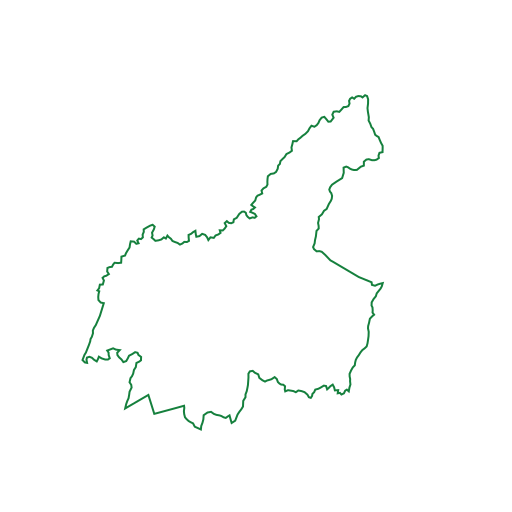 Santa Cruz do Rio Pardo, São Paulo, Brazil, rotated 21°
{"feature_id": "56859067B25162931464836", "entity_name": "Santa Cruz do Rio Pardo", "entity_type": "district", "adm_level": 2, "iso_a3": "BRA", "parent_name": "Brazil", "parent_adm1": "São Paulo", "projection": "robinson", "projection_center": [-49.573, -22.761], "detail": "fine", "context": "isolated", "style": "outline", "palette": "green", "viewbox_px": 512, "rotation_deg": 21, "n_neighbors": 0, "source": "geoboundaries", "source_scale": "gbopen_adm2", "svg_char_len": 5571}
<svg xmlns="http://www.w3.org/2000/svg" viewBox="0 0 512 512"><g transform="rotate(21 256 256)"><path d="M387.3,268.5L385.1,267.1L384.4,264.9L383.2,262.3L381.6,260.8L380.6,257.8L381.2,254.0L382.3,250.7L382.1,247.6L383.1,244.5L384.0,241.7L384.3,239.3L384.0,235.9L381.7,237.5L379.8,239.0L377.8,241.1L374.6,241.4L373.3,239.1L359.5,238.8L329.9,233.8L327.0,233.4L320.3,230.2L315.9,228.5L313.6,228.7L310.9,229.9L307.7,228.8L306.1,227.2L306.2,223.2L305.4,220.0L304.9,216.3L303.5,210.9L304.7,207.9L303.7,205.5L302.1,202.9L301.6,199.0L300.6,197.1L302.6,193.5L303.3,189.4L305.1,186.8L305.4,181.3L306.1,177.8L306.2,175.5L305.5,172.6L303.7,170.3L302.0,169.4L300.6,167.7L300.6,165.2L301.4,162.2L304.5,157.7L308.5,152.4L308.1,146.9L306.1,142.1L308.2,140.2L310.1,140.2L312.5,140.8L314.7,140.9L316.7,140.6L319.3,139.5L320.4,137.6L321.9,135.0L324.3,133.0L322.9,129.3L324.5,126.4L326.6,125.2L329.9,125.0L332.3,124.1L334.0,122.9L335.6,120.5L334.4,118.4L334.3,115.4L336.9,113.7L335.5,109.7L334.7,107.7L332.3,105.7L330.0,103.4L327.8,101.0L325.8,100.7L323.8,100.1L322.1,98.0L319.7,95.3L317.6,94.3L315.3,91.6L312.6,89.2L311.6,86.0L308.7,81.1L307.1,78.0L306.0,73.6L304.5,69.5L302.4,66.9L300.2,66.8L298.6,69.8L296.8,69.3L294.2,70.0L292.3,71.5L291.3,74.0L288.9,73.5L287.5,75.5L287.3,77.8L288.7,80.2L288.5,83.0L286.5,84.7L284.4,85.6L283.2,88.9L282.1,91.6L279.5,92.0L276.8,93.5L276.6,96.7L278.9,99.1L277.5,103.7L275.4,104.7L272.7,103.1L269.9,101.6L267.7,103.3L266.7,106.5L266.6,109.4L265.8,112.1L264.2,114.4L261.1,114.5L260.2,117.6L259.8,120.9L258.3,124.3L256.4,127.1L255.1,129.7L253.7,131.9L252.8,134.3L249.4,135.5L249.9,138.7L250.2,141.9L251.8,144.9L250.2,147.4L247.9,149.9L247.2,153.5L246.2,155.5L244.8,158.7L245.3,161.5L244.3,163.7L245.0,166.8L244.6,170.3L243.1,172.5L240.3,174.1L238.5,177.3L239.1,179.8L240.0,182.6L241.1,185.2L240.8,187.7L238.7,190.2L237.7,192.9L239.4,195.4L237.3,197.7L235.8,199.1L235.1,201.2L235.4,204.5L234.2,207.4L233.3,210.0L235.2,210.6L237.6,211.1L236.6,213.1L235.1,214.4L234.8,216.9L236.9,216.9L239.8,217.1L242.2,218.8L241.1,220.8L238.9,221.2L236.6,223.2L234.2,222.4L232.4,221.3L231.0,219.3L229.0,218.8L227.0,219.7L225.3,222.7L224.3,227.3L222.2,229.7L222.8,232.6L221.1,234.3L218.7,234.8L216.3,233.9L215.0,236.5L217.6,238.8L216.9,241.7L215.8,244.1L213.0,245.0L214.6,247.1L213.1,249.4L210.9,251.3L210.1,254.2L206.8,254.9L205.8,258.2L203.7,256.1L201.0,254.5L197.8,254.6L196.1,257.7L193.4,259.4L191.9,257.1L190.4,254.2L188.7,256.3L187.5,258.5L185.5,260.5L186.6,263.1L188.0,265.9L186.5,267.7L184.0,268.5L182.8,270.7L180.9,272.6L178.2,271.9L175.1,272.0L172.6,271.9L170.4,270.4L167.7,269.6L166.0,268.7L165.6,272.0L163.3,271.6L161.7,274.5L159.4,276.3L156.6,277.9L154.2,276.9L152.0,276.2L152.1,273.9L150.6,271.5L151.1,267.7L150.9,264.9L148.3,263.9L146.3,265.6L143.5,268.9L141.6,271.4L142.6,273.7L142.5,276.7L143.7,279.2L142.6,281.4L140.4,281.8L139.6,284.1L141.8,286.2L139.9,287.5L137.0,286.3L133.8,287.2L134.2,290.3L134.9,293.4L134.1,297.1L133.6,300.1L133.6,302.5L130.6,304.8L131.7,308.0L132.5,310.6L129.9,312.0L126.4,313.0L125.7,315.1L125.4,317.7L123.2,318.9L121.6,320.4L122.6,323.8L125.1,325.6L123.3,328.1L121.6,329.4L120.6,331.4L122.8,333.4L123.2,337.5L120.5,338.7L121.1,342.4L120.3,345.0L122.3,345.1L122.6,347.9L123.4,350.8L124.7,353.6L127.7,355.1L130.8,354.6L131.7,367.8L131.2,377.9L130.5,381.1L130.4,384.0L131.5,386.6L131.7,390.3L131.3,392.8L131.8,395.1L131.9,398.8L131.8,407.2L131.3,409.7L131.3,412.4L131.3,415.3L134.4,416.7L136.6,416.3L134.9,413.6L134.6,411.4L136.6,409.8L139.3,409.8L142.0,410.9L145.1,411.5L145.4,408.9L145.4,406.3L148.6,406.9L152.3,406.7L154.9,405.7L156.1,403.9L153.9,401.2L153.0,399.0L151.0,397.6L155.7,393.4L158.6,393.6L160.5,393.2L162.5,392.7L161.1,396.1L162.2,398.2L164.6,399.7L167.5,400.8L170.2,402.6L172.5,400.6L173.0,397.5L173.2,394.6L175.7,391.8L177.6,389.1L180.1,388.8L181.7,390.5L184.9,391.4L186.0,394.6L184.8,396.5L182.7,398.7L183.6,402.8L182.9,406.1L183.5,409.9L183.3,412.7L182.6,415.0L183.2,419.2L185.7,421.0L187.0,423.4L186.6,428.0L187.3,430.9L188.0,434.5L187.8,437.7L187.9,440.9L188.5,445.2L205.3,424.3L217.6,439.8L219.3,438.6L235.2,427.0L242.5,421.6L243.5,423.5L244.3,426.7L245.6,429.3L247.5,432.0L249.5,433.1L252.2,434.2L254.7,434.6L257.2,434.8L260.0,437.3L266.7,437.7L265.8,434.3L265.8,430.9L265.4,427.4L264.2,423.4L266.8,419.5L269.9,417.6L273.2,418.5L276.0,418.5L279.0,417.9L281.0,417.8L283.5,418.2L285.8,418.0L287.1,416.0L288.4,414.3L291.4,418.4L293.1,420.6L295.6,417.2L295.6,413.6L295.6,410.6L296.3,407.4L297.2,404.4L297.8,401.2L296.0,395.8L296.8,391.6L295.8,389.0L295.8,385.5L295.2,381.9L294.7,379.3L293.6,375.7L292.5,372.1L291.1,368.6L291.6,365.9L294.1,364.4L296.8,365.4L300.5,365.7L302.8,368.6L306.5,369.7L309.4,370.0L310.9,368.3L312.8,366.9L314.6,365.5L316.8,362.4L319.5,363.4L321.6,365.8L323.7,366.7L325.6,367.0L327.6,366.4L329.8,367.2L330.6,370.1L331.8,371.9L334.0,369.8L337.3,369.1L339.4,368.7L342.0,368.9L343.7,366.4L347.0,365.8L350.1,365.7L353.7,367.0L356.0,368.9L358.0,368.8L358.5,366.6L358.1,364.5L359.1,362.3L359.2,359.5L361.8,357.6L363.4,355.8L365.8,352.7L368.0,352.3L370.2,355.0L371.2,353.1L372.1,350.9L373.7,348.6L376.0,350.6L377.8,353.2L380.8,351.8L381.5,354.9L383.4,353.7L385.4,354.7L387.3,352.7L387.5,349.8L388.7,348.2L391.1,349.1L390.4,345.4L390.2,342.1L388.7,339.2L388.0,337.1L386.6,334.9L385.6,332.5L385.8,328.6L386.3,325.3L387.4,322.7L386.7,319.7L386.4,317.2L386.7,314.5L387.5,311.7L388.1,308.5L389.0,305.7L390.5,303.3L391.7,300.8L391.4,297.6L390.6,293.9L389.8,290.5L388.4,286.4L386.5,283.4L385.8,281.2L385.5,278.0L384.8,273.7L386.1,270.6L387.3,268.5Z" fill="none" stroke="#15803d" stroke-width="2"/></g></svg>